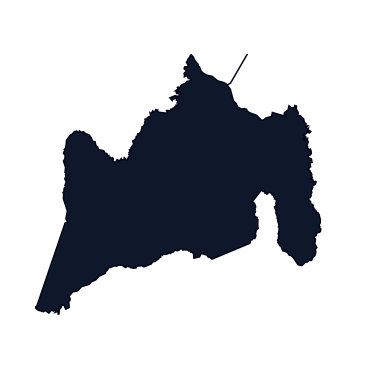 outline of Mufumbwe, North-Western, Zambia, rotated 101°
{"feature_id": "96606910B54849868159577", "entity_name": "Mufumbwe", "entity_type": "district", "adm_level": 2, "iso_a3": "ZMB", "parent_name": "Zambia", "parent_adm1": "North-Western", "projection": "orthographic", "projection_center": [25.2, -13.766], "detail": "fine", "context": "isolated", "style": "filled", "palette": "ink", "viewbox_px": 384, "rotation_deg": 101, "n_neighbors": 0, "source": "geoboundaries", "source_scale": "gbopen_adm2", "svg_char_len": 5958}
<svg xmlns="http://www.w3.org/2000/svg" viewBox="0 0 384 384"><g transform="rotate(101 192 192)"><path d="M59.1,216.6L57.4,219.0L58.1,219.7L60.2,220.0L62.7,221.5L63.4,221.1L65.6,222.3L68.4,220.0L69.7,219.8L70.6,223.1L72.5,223.3L74.1,220.4L77.3,222.5L78.4,221.7L80.3,221.5L78.6,219.2L80.9,217.7L81.4,216.1L80.8,215.2L82.0,214.2L83.4,215.4L84.3,217.9L86.6,219.1L88.6,222.4L90.1,223.4L92.3,223.6L91.6,225.6L92.1,226.3L94.3,225.0L94.4,226.2L95.9,227.7L95.9,226.3L97.3,226.5L98.2,225.9L97.7,223.6L96.0,222.7L98.1,221.3L98.9,223.2L100.2,223.1L101.1,222.2L101.5,224.2L100.7,224.5L100.7,227.0L103.8,231.7L105.9,229.0L104.0,229.0L104.5,228.1L103.0,226.0L102.9,224.5L104.7,225.0L104.9,223.9L106.2,223.3L107.5,223.6L107.4,222.4L109.0,222.0L109.7,224.1L111.2,223.3L111.1,224.9L113.0,225.6L113.6,227.2L115.0,227.5L114.9,228.7L116.5,228.5L116.7,232.3L117.1,232.6L117.9,231.5L119.5,232.0L120.0,239.9L119.1,241.5L118.1,241.2L118.0,243.3L120.4,243.9L120.6,245.0L119.8,246.0L122.7,246.9L122.2,248.3L124.1,247.4L126.1,247.3L126.4,248.7L127.6,250.0L128.5,249.8L129.5,252.1L131.3,251.4L132.6,251.8L133.4,251.0L136.8,252.4L137.4,253.4L142.6,253.6L145.2,255.1L145.2,256.3L147.7,256.5L148.2,257.4L149.2,257.1L151.7,258.1L153.3,260.0L155.9,258.4L159.6,260.0L160.5,259.5L160.7,260.4L161.8,259.6L162.5,261.5L163.8,260.5L165.8,261.7L165.2,260.8L165.6,260.3L167.1,261.2L168.9,260.1L169.9,261.1L173.2,261.7L173.0,263.6L171.9,263.7L171.2,265.0L173.4,265.0L173.8,266.9L172.6,267.7L176.2,269.5L176.0,270.2L174.9,269.9L174.6,271.8L177.4,272.6L177.2,275.5L174.7,275.5L173.5,276.5L174.3,277.5L173.5,278.6L174.1,280.2L172.1,280.5L172.5,281.4L170.7,282.8L170.3,285.0L168.3,286.5L168.2,291.8L165.6,293.3L164.9,295.1L161.1,296.8L161.1,299.4L158.2,301.1L155.7,303.7L154.4,309.5L153.4,309.8L154.5,312.2L153.4,314.2L155.3,314.3L154.2,316.9L155.1,319.1L158.0,320.5L159.2,322.3L165.0,325.0L172.6,324.4L174.7,325.5L175.1,324.9L178.5,325.6L180.0,323.6L183.7,323.1L186.1,324.1L192.0,320.8L196.9,320.4L197.2,319.4L199.3,319.5L200.8,318.8L203.4,319.4L206.0,317.4L209.8,318.0L211.0,317.2L212.7,318.2L216.1,317.9L217.2,318.5L218.1,317.7L223.1,317.0L234.4,310.7L242.0,310.7L243.3,310.2L244.1,308.9L245.5,308.8L246.4,310.6L334.0,322.6L334.6,323.6L336.1,323.0L337.4,320.2L337.9,315.0L336.3,313.5L338.2,309.4L335.4,307.8L334.4,306.3L335.4,305.4L334.1,304.4L335.5,303.1L336.3,303.4L335.1,301.4L336.1,300.1L337.4,300.1L337.1,299.3L332.6,299.8L330.8,298.6L327.9,298.2L327.6,296.1L331.1,293.5L328.8,290.5L323.0,292.1L321.8,291.1L320.2,291.1L318.0,292.9L312.8,290.1L310.9,285.4L306.0,282.4L302.3,275.5L299.3,273.5L296.6,269.7L292.5,267.3L288.2,261.6L286.5,261.6L285.0,260.1L282.6,259.6L279.4,254.0L279.1,251.7L277.8,250.2L277.2,246.7L278.6,243.6L278.7,242.7L277.0,241.1L277.4,240.2L276.9,239.7L277.9,237.9L278.0,234.7L277.1,232.4L275.4,232.5L275.5,231.5L274.2,230.8L274.9,230.2L273.8,227.0L274.6,225.9L274.4,224.5L270.4,218.3L268.0,217.2L267.3,215.2L263.7,211.8L262.1,211.4L262.0,210.3L259.8,210.6L259.3,209.8L259.8,209.0L258.9,208.5L257.9,205.1L256.1,202.5L256.4,201.4L254.7,200.0L254.7,199.2L252.0,197.5L252.5,196.7L252.4,195.1L251.6,194.7L251.9,194.0L249.9,192.5L249.6,191.3L250.7,190.2L250.5,189.1L249.9,189.0L250.1,186.8L249.4,186.4L250.5,183.6L250.0,182.7L251.3,181.8L251.2,180.1L252.6,178.6L256.6,177.5L254.2,172.2L250.9,171.3L250.6,170.5L251.1,165.4L252.8,163.6L252.8,161.7L254.1,159.6L231.3,125.4L227.9,125.1L227.5,123.9L226.0,123.1L225.6,121.4L222.7,120.9L221.3,121.7L217.5,121.6L214.9,120.0L213.6,120.8L206.4,122.1L206.3,123.1L204.5,123.3L204.2,125.3L202.9,126.3L201.1,126.6L199.2,125.9L198.6,126.9L197.3,126.5L196.5,127.1L194.5,126.6L191.8,128.1L191.2,128.8L191.7,129.5L190.8,129.5L190.1,131.0L176.1,123.9L177.5,123.3L178.1,120.7L179.4,120.0L179.0,119.1L179.8,118.3L179.5,117.5L178.3,117.2L177.6,115.8L178.0,113.9L179.5,112.7L178.8,112.3L179.0,111.5L181.6,110.4L181.5,109.7L183.0,109.7L182.8,109.0L184.3,107.3L187.7,107.6L188.2,106.0L190.9,108.2L194.9,105.7L196.2,105.8L200.2,103.5L201.6,103.4L202.9,102.2L203.6,102.5L208.1,100.2L209.8,100.5L210.4,99.7L213.4,99.2L216.8,99.4L216.9,98.5L220.6,98.5L221.0,97.9L222.5,98.7L223.5,98.7L224.2,97.8L225.2,98.2L227.3,95.6L227.9,95.8L228.3,94.3L232.4,91.7L232.9,87.0L235.6,84.4L235.3,83.0L237.0,80.0L243.2,74.1L243.3,70.1L239.4,67.3L238.6,65.2L236.8,64.1L236.4,61.6L233.0,60.9L231.0,59.2L227.2,59.0L224.6,60.0L222.7,58.9L219.1,61.7L215.5,61.6L214.1,62.4L213.9,63.2L212.2,63.5L211.1,61.8L209.2,61.9L207.9,61.0L207.3,59.3L206.2,58.4L203.8,58.5L202.8,59.8L201.3,60.0L200.9,61.1L197.8,60.2L194.8,60.7L189.8,63.0L189.0,63.8L189.4,64.1L188.4,64.5L188.9,65.2L187.0,66.3L187.0,67.4L185.6,68.1L185.4,69.5L184.7,69.2L183.6,70.4L181.9,70.4L182.2,71.3L181.3,71.5L180.9,73.0L178.8,73.8L176.9,76.3L175.7,76.2L175.0,75.0L173.9,75.1L173.0,74.2L172.3,74.8L169.4,74.3L168.1,75.2L164.6,74.4L163.5,75.0L160.6,72.3L158.3,72.2L158.0,73.3L158.8,74.0L159.1,76.4L158.0,75.2L156.4,76.0L156.3,78.2L154.7,76.7L153.5,77.9L152.2,77.6L150.3,78.9L150.4,80.1L149.1,79.9L148.1,80.8L147.9,83.0L144.6,80.4L140.8,81.7L140.0,79.8L136.8,81.1L136.1,84.1L134.9,84.9L133.6,84.8L133.7,83.5L131.6,82.2L129.6,82.7L129.3,83.5L128.8,83.1L127.3,83.9L128.2,85.5L127.2,86.1L127.3,86.9L125.4,87.2L124.8,88.0L120.6,87.5L119.0,88.7L117.3,88.8L119.7,91.8L118.2,92.6L118.1,91.2L116.4,90.6L115.1,92.2L115.6,93.4L111.5,90.1L111.6,87.8L110.0,86.9L109.2,88.4L110.4,89.9L107.4,89.9L108.6,90.7L106.5,92.0L105.0,90.8L105.4,92.9L103.2,93.1L102.5,94.8L98.9,96.4L96.2,100.7L97.2,102.8L94.1,102.7L90.5,105.6L87.7,105.8L87.5,107.6L89.2,107.1L90.4,110.3L88.8,113.2L93.3,113.4L96.5,116.4L98.9,116.3L99.8,115.2L98.6,128.3L102.6,128.3L105.2,133.5L107.4,135.3L108.4,137.3L104.4,143.3L103.2,150.6L102.0,153.2L100.4,154.2L100.2,156.6L101.1,159.3L99.8,163.3L96.6,165.7L94.5,168.8L83.8,174.0L80.3,177.9L77.8,175.0L45.8,163.9L77.8,175.0L80.3,177.9L79.2,179.2L78.4,182.5L78.0,188.1L74.6,194.3L74.5,200.2L72.8,204.3L71.7,206.1L67.9,208.4L67.3,209.7L65.4,210.5L62.6,214.1L59.1,216.6Z" fill="#0f172a" stroke="#020617" stroke-width="1.5"/></g></svg>